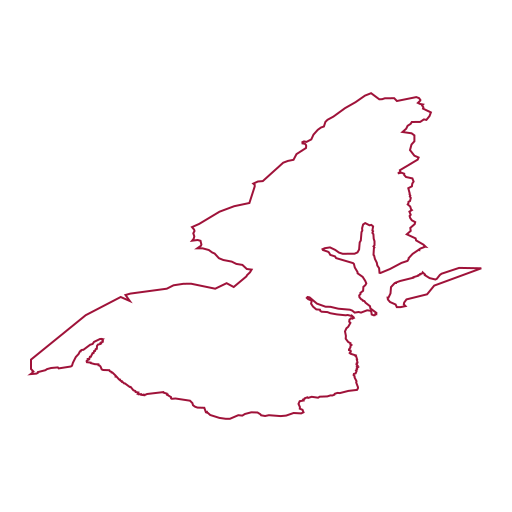 Balestrand nor, Sogn og Fjordane, Norway (Robinson projection)
{"feature_id": "86288312B39702039742049", "entity_name": "Balestrand nor", "entity_type": "district", "adm_level": 2, "iso_a3": "NOR", "parent_name": "Norway", "parent_adm1": "Sogn og Fjordane", "projection": "robinson", "projection_center": [6.463, 61.269], "detail": "fine", "context": "isolated", "style": "outline", "palette": "rose", "viewbox_px": 512, "rotation_deg": 0, "n_neighbors": 0, "source": "geoboundaries", "source_scale": "gbopen_adm2", "svg_char_len": 6057}
<svg xmlns="http://www.w3.org/2000/svg" viewBox="0 0 512 512"><path d="M371.1,93.2L365.0,95.6L355.5,102.2L345.1,108.1L333.4,116.6L327.5,119.8L325.4,121.9L323.9,126.5L321.0,127.5L317.8,129.8L313.5,134.6L311.3,139.4L306.5,141.9L304.0,141.4L302.4,142.1L302.5,143.4L305.0,143.8L305.8,144.7L306.2,145.9L306.0,148.0L296.5,154.1L293.5,159.8L288.0,160.9L283.2,162.7L262.8,181.1L257.9,181.5L253.3,183.6L254.7,184.8L254.7,186.5L249.4,203.0L234.2,206.2L219.5,211.7L199.2,223.9L192.0,227.1L194.1,229.6L194.5,231.0L193.3,233.3L194.3,236.4L193.7,238.7L192.1,240.7L197.6,240.0L200.5,240.8L201.4,244.6L200.9,245.8L197.3,248.3L202.5,248.3L208.8,250.0L212.2,252.5L214.6,253.5L218.9,258.2L223.3,260.0L231.7,261.6L236.3,263.9L242.4,264.9L246.8,269.0L251.6,269.6L250.0,272.3L247.0,275.2L246.4,276.4L233.7,287.0L226.6,283.2L215.2,288.7L191.0,283.7L183.4,283.8L173.5,285.3L166.8,288.7L130.3,293.6L125.5,295.0L129.8,301.0L120.7,297.0L85.7,315.2L31.0,359.6L31.0,369.0L33.3,371.4L32.5,371.9L32.6,372.7L30.7,374.1L36.4,373.6L37.8,372.9L37.9,372.1L45.4,370.2L47.0,369.1L51.1,368.0L57.8,367.4L58.7,368.4L70.8,366.5L72.0,365.7L72.9,362.8L75.8,357.0L78.6,354.0L79.9,351.4L80.7,351.3L80.9,350.5L81.9,349.9L83.4,349.8L90.2,344.7L92.6,344.0L94.0,341.9L100.0,339.0L101.7,338.9L102.5,339.1L101.8,339.5L102.9,340.3L102.8,341.8L101.2,342.4L101.2,343.2L100.4,343.2L100.4,344.0L97.9,344.6L97.0,345.9L96.8,348.8L95.7,349.1L95.0,351.0L94.2,351.0L93.5,353.1L92.6,353.1L90.8,356.8L89.9,356.8L89.2,359.0L88.4,359.0L88.8,359.5L87.2,360.3L86.6,361.1L86.9,362.2L90.7,362.6L90.8,363.1L95.0,364.2L98.4,364.3L98.5,365.3L99.5,365.5L100.5,366.5L101.7,369.4L103.1,370.0L109.3,370.2L109.8,371.2L111.5,371.9L111.6,372.5L112.6,372.7L115.8,375.8L115.6,376.6L116.7,376.8L119.0,379.4L120.0,379.6L119.9,380.1L120.8,380.9L121.8,381.1L121.9,381.9L122.9,382.2L124.1,383.4L124.9,383.4L129.8,387.0L130.6,386.9L133.4,390.3L135.3,391.0L135.6,392.0L138.3,392.5L137.8,393.8L138.6,393.8L138.7,394.3L141.2,394.2L141.2,394.8L144.2,395.2L144.2,394.7L145.0,394.9L147.1,394.0L163.3,392.1L163.4,392.6L166.8,393.6L166.9,394.6L167.7,394.6L167.7,395.1L171.0,397.1L171.1,398.4L171.8,398.8L175.5,398.5L190.0,400.7L192.4,403.1L193.0,405.2L195.0,406.7L197.5,407.6L204.3,407.8L205.8,412.0L206.7,411.9L206.5,412.5L208.0,413.0L210.2,415.0L219.4,417.9L225.7,418.8L229.9,418.8L238.3,415.2L242.3,415.6L244.9,414.0L251.3,412.3L257.5,412.5L260.4,414.3L261.1,415.3L265.1,416.0L268.9,415.2L280.6,416.1L286.1,415.6L293.6,413.0L301.2,413.4L303.5,412.3L302.5,409.8L299.8,408.7L299.9,407.0L298.5,403.9L299.7,401.2L303.6,400.5L303.2,399.5L304.5,399.0L304.7,398.3L307.4,397.3L308.1,397.9L311.7,396.8L318.1,397.7L319.7,396.7L327.3,396.4L330.5,395.4L332.3,395.5L334.4,394.7L334.7,393.8L337.5,392.9L339.8,393.1L348.4,390.9L357.0,389.9L357.9,388.4L358.0,387.3L356.2,382.5L356.5,381.2L354.6,377.5L354.6,376.2L353.6,375.1L353.9,373.9L355.6,373.4L356.6,371.0L356.0,370.4L357.1,369.1L356.7,368.3L358.1,367.1L357.0,366.5L357.6,365.7L356.5,364.6L357.1,363.6L356.7,363.2L357.5,362.4L356.8,359.6L357.1,359.4L356.2,356.5L355.5,356.0L355.8,355.4L350.7,353.8L349.7,353.0L350.8,351.7L350.6,350.6L349.0,350.1L349.0,349.4L350.4,347.5L350.4,346.1L351.5,345.0L350.3,344.1L350.5,343.2L348.2,342.0L345.7,338.7L345.9,335.9L345.0,331.4L346.4,328.3L348.2,326.8L350.4,322.9L349.2,321.7L349.5,319.6L351.1,318.2L352.3,318.7L353.3,318.2L352.7,317.9L353.5,317.2L351.6,315.5L351.2,315.9L347.7,315.0L345.7,315.3L336.9,314.4L330.2,313.2L327.5,312.1L321.6,311.7L320.3,310.9L319.9,309.7L316.3,309.4L313.0,306.6L311.1,303.7L311.6,301.1L311.2,300.4L308.2,299.2L306.8,297.9L307.6,297.0L309.6,297.4L316.9,303.6L325.5,306.7L330.4,306.8L338.3,308.7L349.9,309.7L352.2,310.6L354.7,312.6L358.6,312.0L361.0,312.6L367.1,310.3L370.3,310.7L371.3,311.7L371.7,314.5L373.8,315.3L374.8,315.2L375.3,314.0L376.3,314.2L376.4,312.9L370.4,308.4L370.0,306.2L365.5,302.7L364.4,301.1L362.8,300.7L362.5,299.9L361.2,299.3L359.4,297.2L359.2,295.4L360.5,294.0L360.4,292.9L363.1,290.8L363.4,286.8L365.3,285.2L366.3,283.4L365.3,281.0L362.7,276.9L357.6,273.3L357.5,272.0L354.8,267.5L353.9,263.9L353.0,263.1L336.1,258.1L335.0,256.4L330.3,254.9L328.9,252.4L327.9,251.7L322.9,250.0L322.5,249.2L324.8,248.2L330.0,247.4L335.2,249.9L339.0,252.6L342.7,253.8L354.6,253.7L357.5,252.4L359.1,249.5L359.7,242.4L360.8,240.5L361.5,232.1L362.3,230.6L362.1,228.2L363.1,224.5L365.2,223.1L369.5,225.3L371.3,224.9L373.1,226.4L372.4,230.5L373.1,231.2L372.4,232.9L373.4,234.2L373.7,238.7L374.5,241.2L374.5,245.2L373.5,246.4L374.4,247.5L373.9,248.3L373.5,254.9L374.1,255.5L374.9,258.9L376.8,262.7L377.3,265.5L379.1,268.2L379.5,272.8L380.4,273.0L390.0,269.0L401.5,262.9L407.5,260.9L408.7,258.9L408.6,258.2L412.6,253.9L418.5,249.9L419.3,250.1L419.3,249.3L420.5,248.5L424.2,247.1L424.2,246.5L425.6,246.7L423.4,244.6L416.1,240.4L415.6,238.4L406.8,234.3L410.7,230.9L410.3,227.9L414.7,224.1L415.2,222.1L411.8,220.3L410.2,218.0L409.6,216.0L410.7,214.8L409.4,211.6L411.8,210.1L411.1,209.5L410.2,206.5L407.7,204.4L408.4,203.2L408.5,201.8L410.0,201.0L410.8,197.9L409.8,196.4L410.3,195.5L409.5,194.1L409.7,193.5L408.3,188.2L411.9,186.3L412.3,183.5L413.6,181.6L412.4,178.4L406.0,177.0L404.2,175.0L404.2,173.7L401.3,172.7L397.9,173.4L400.3,171.8L399.9,170.2L417.7,159.6L418.6,157.5L414.4,155.7L410.0,150.1L411.5,144.5L414.4,141.3L414.4,135.4L411.6,133.3L402.5,132.0L406.2,128.7L407.6,125.8L410.6,123.9L411.8,122.0L420.2,121.9L423.9,119.4L426.4,119.9L429.5,116.1L430.9,112.4L423.0,108.6L423.4,107.3L422.1,105.5L423.0,104.5L419.9,103.9L417.9,102.9L420.3,100.6L420.4,100.0L419.0,98.1L416.3,97.1L396.9,101.0L394.2,98.2L384.8,98.3L382.1,99.2L379.3,99.3L371.1,93.2ZM396.8,307.1L400.7,307.1L405.5,306.1L403.8,304.3L404.2,302.5L406.5,299.4L427.1,294.3L434.2,285.6L481.3,268.3L459.1,267.9L441.6,273.7L439.9,274.9L436.8,278.8L435.4,279.5L429.6,278.1L424.8,275.1L425.0,274.5L422.7,272.4L422.4,273.3L420.3,273.9L420.4,274.4L418.3,275.2L418.3,275.7L413.4,277.2L413.4,277.7L400.1,281.0L396.0,282.5L396.0,283.0L394.7,283.1L391.0,287.1L390.5,293.4L388.5,297.6L387.6,297.6L387.9,299.5L390.0,302.0L395.6,304.5L396.8,307.1Z" fill="none" stroke="#9f1239" stroke-width="2"/></svg>